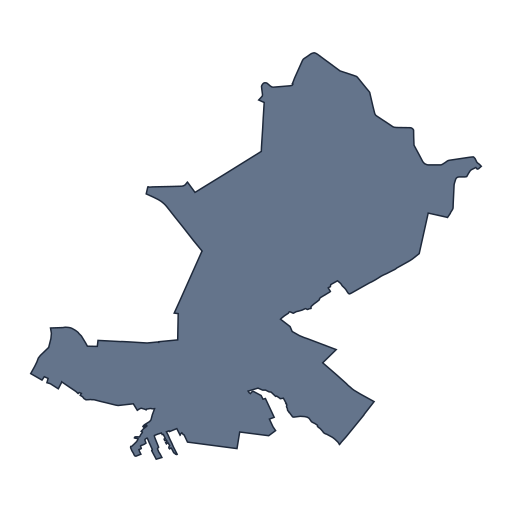 outline of Horia, Constanta, Romania
{"feature_id": "2599482B9028808078144", "entity_name": "Horia", "entity_type": "district", "adm_level": 2, "iso_a3": "ROU", "parent_name": "Romania", "parent_adm1": "Constanta", "projection": "natural_earth1", "projection_center": [28.113, 44.634], "detail": "fine", "context": "isolated", "style": "filled", "palette": "slate", "viewbox_px": 512, "rotation_deg": 0, "n_neighbors": 0, "source": "geoboundaries", "source_scale": "gbopen_adm2", "svg_char_len": 5984}
<svg xmlns="http://www.w3.org/2000/svg" viewBox="0 0 512 512"><path d="M30.7,373.6L42.0,380.1L44.3,376.7L48.1,378.4L46.9,382.7L50.3,383.7L58.3,388.8L61.8,382.0L61.8,381.9L69.4,387.1L75.8,391.4L78.1,393.5L79.2,392.5L81.4,393.4L80.2,395.3L82.6,396.8L84.0,398.6L85.5,399.5L85.9,399.8L88.3,399.7L90.8,399.5L91.6,399.7L94.0,399.7L100.9,401.5L106.0,402.7L115.7,405.1L118.1,405.5L133.3,403.8L137.3,410.3L139.6,408.8L141.2,408.2L145.1,409.3L146.1,409.9L146.6,409.1L150.1,408.5L150.6,408.5L151.2,408.5L151.9,408.8L153.7,408.8L154.3,408.6L154.6,408.6L152.3,414.8L151.0,419.8L150.6,420.4L149.5,421.6L145.0,424.4L143.6,425.5L142.9,426.5L143.5,427.1L146.3,425.0L146.6,425.2L146.9,425.7L146.8,426.2L143.6,428.7L141.2,431.3L142.4,432.0L142.4,432.3L140.8,434.6L139.9,436.3L139.5,436.8L139.0,436.9L136.9,436.8L135.6,436.8L134.9,437.0L134.5,437.5L134.4,437.9L134.8,438.1L138.0,438.7L137.9,439.3L137.6,440.0L136.6,441.6L134.0,444.2L131.6,446.4L131.2,446.5L130.7,446.5L130.6,447.7L131.9,450.8L133.2,452.9L134.3,455.2L134.7,455.8L135.9,456.2L140.9,454.2L139.6,451.6L138.9,449.6L140.4,449.0L141.2,448.6L141.3,448.4L140.5,446.1L140.8,445.7L141.3,445.4L142.6,445.0L144.4,444.2L146.0,443.1L145.0,440.4L144.9,439.9L145.0,439.5L145.3,439.1L146.6,438.3L147.0,438.1L147.4,438.3L149.0,442.2L151.3,447.3L152.3,449.4L152.3,450.0L151.7,450.3L151.7,450.7L156.2,459.2L161.9,457.5L160.0,453.8L158.9,452.2L157.6,449.2L157.5,448.7L157.6,448.3L158.6,447.4L158.6,447.1L154.9,437.9L154.5,436.7L154.4,435.5L157.8,434.1L161.4,433.0L162.2,434.6L163.3,434.4L165.3,438.4L164.1,439.1L164.3,439.7L164.8,440.6L165.4,440.4L166.3,440.0L167.0,441.1L165.6,442.5L166.4,443.9L167.9,442.7L169.7,445.5L169.0,446.7L168.8,447.5L168.9,448.1L169.7,448.9L170.7,448.1L171.0,448.0L171.4,448.2L173.7,452.7L173.9,452.9L174.7,453.2L175.2,453.9L175.6,454.2L176.4,454.5L176.9,454.5L177.2,454.3L173.4,446.9L171.9,443.4L169.9,439.3L168.1,435.1L166.4,431.8L169.0,430.8L169.4,431.6L176.8,428.6L180.1,435.2L180.3,435.0L180.6,433.9L181.8,432.8L183.2,434.5L184.1,434.9L187.5,442.1L237.0,448.6L239.7,432.0L268.7,435.7L275.6,430.6L273.0,426.8L269.4,419.1L274.2,417.3L265.4,398.5L263.0,399.2L261.1,395.5L253.6,391.5L252.9,391.4L251.8,391.9L250.4,393.6L249.1,392.7L248.1,391.1L258.0,388.1L262.6,390.1L265.6,390.1L268.9,391.8L271.1,392.1L275.6,396.4L276.7,396.1L280.2,398.5L280.3,398.7L283.4,398.2L286.3,403.6L286.0,403.7L286.7,404.7L286.8,405.2L286.5,406.3L286.6,407.0L287.0,407.8L287.4,408.7L287.5,410.0L287.9,410.8L288.8,411.7L289.0,412.1L289.0,412.4L289.3,412.4L292.4,416.6L292.9,417.0L293.9,417.1L300.3,416.3L304.8,416.6L307.3,417.2L309.1,418.3L311.4,421.6L312.2,422.2L315.2,423.7L317.5,425.3L317.5,426.5L318.9,427.7L319.6,428.1L320.5,428.9L322.8,431.5L323.5,432.6L324.8,433.5L325.9,434.0L326.5,434.1L332.4,437.3L333.1,437.8L335.0,439.3L338.0,442.2L338.9,443.5L339.4,444.5L340.1,443.9L341.2,442.3L345.7,437.3L363.9,415.0L364.2,414.3L374.1,401.6L360.3,394.0L353.8,390.1L352.1,388.8L350.1,387.0L348.3,385.6L346.9,384.2L346.7,383.9L337.0,375.2L322.7,362.8L327.5,358.1L336.2,349.6L307.5,338.7L304.2,337.6L299.4,335.6L292.2,331.5L290.1,326.6L280.5,319.2L281.5,318.2L284.6,315.7L288.4,313.2L289.1,312.0L289.4,311.8L289.8,311.8L290.3,311.9L293.1,313.2L293.5,313.2L295.2,312.2L296.4,311.6L298.6,311.1L302.1,310.1L305.1,308.7L305.5,308.6L306.7,309.1L307.1,309.4L307.3,309.5L308.1,309.3L308.8,308.9L309.5,308.7L310.9,308.5L311.1,308.3L311.0,307.3L311.1,306.7L311.2,306.4L314.0,303.9L316.9,301.8L319.3,299.8L319.6,298.5L320.6,297.5L329.8,292.0L330.4,291.4L328.2,287.9L329.0,287.3L330.4,286.7L330.7,284.6L337.5,280.8L340.7,283.5L342.3,285.9L344.6,288.1L345.8,289.5L347.9,292.8L348.8,293.7L349.7,293.9L351.9,292.8L362.3,286.9L369.8,282.7L371.6,281.9L375.4,279.8L381.1,276.2L383.6,274.9L386.8,273.5L389.7,272.0L395.4,269.1L396.9,267.9L409.8,260.7L412.4,259.0L419.2,253.6L428.2,213.1L446.6,217.2L447.5,217.5L450.3,213.4L450.6,212.5L452.5,209.5L452.8,208.8L453.0,208.3L453.1,207.1L453.2,203.7L454.1,184.7L454.4,183.4L455.4,180.1L455.7,179.2L456.2,178.3L456.8,177.7L457.3,177.4L458.0,177.1L459.2,176.9L464.9,176.9L466.4,176.7L466.8,176.5L467.0,176.1L468.5,173.4L469.9,171.2L470.9,170.1L471.6,169.6L475.8,167.5L477.2,169.1L478.5,168.8L481.3,166.3L479.4,164.3L477.9,163.2L477.2,162.6L476.7,161.9L475.1,158.6L474.3,157.7L473.8,157.2L473.3,156.9L471.8,157.0L469.2,157.3L449.1,160.3L448.1,160.6L447.3,161.0L444.8,162.8L442.7,164.1L441.6,164.7L440.7,164.9L428.0,164.9L427.0,164.7L426.2,164.4L424.5,163.6L422.8,161.7L419.5,155.4L414.0,145.2L413.7,137.0L413.6,130.3L413.5,129.9L412.6,128.7L411.5,128.0L410.9,127.8L410.0,127.7L396.7,127.5L394.7,127.3L394.0,127.2L392.8,126.7L392.1,126.2L376.4,115.8L375.7,115.2L375.2,114.5L374.7,113.4L372.9,106.2L369.7,92.4L368.9,91.3L366.3,88.2L357.3,77.1L356.4,76.4L355.0,75.9L340.0,70.9L317.4,54.2L315.8,53.3L314.7,52.9L314.1,52.8L313.2,53.0L312.1,53.3L311.0,53.8L306.6,56.9L304.3,58.4L303.3,59.2L302.5,60.4L294.6,78.0L292.7,83.0L292.3,83.7L292.9,84.1L292.5,84.8L291.9,85.4L289.9,85.8L273.1,87.2L271.8,86.9L270.3,86.0L267.2,83.3L266.0,82.8L264.5,82.8L264.1,82.9L263.3,83.4L262.4,84.4L261.7,85.7L261.5,86.4L261.8,89.3L262.5,94.5L262.4,95.5L262.2,96.2L258.7,100.0L264.2,102.5L263.2,118.5L262.7,128.0L261.5,146.6L261.3,151.4L223.5,174.9L195.0,192.4L187.6,182.3L187.4,182.1L185.3,184.7L184.6,185.2L183.5,185.8L181.9,186.2L170.8,186.5L152.4,186.9L150.1,187.1L148.9,187.1L148.4,186.8L147.8,186.9L146.3,193.5L146.2,193.9L153.7,197.3L158.3,199.6L160.9,201.2L162.2,202.2L164.1,203.8L165.6,205.3L167.1,207.1L175.2,217.4L182.1,226.0L193.5,240.6L202.1,251.1L201.9,251.3L179.3,301.9L174.2,313.1L178.2,313.6L177.7,339.9L158.8,341.7L158.8,342.4L158.3,342.4L157.9,342.1L157.4,342.0L147.1,343.0L127.6,341.8L121.8,341.5L120.9,341.6L98.0,340.4L97.3,346.4L87.4,346.2L85.6,342.9L81.4,336.0L78.7,333.3L78.3,332.6L77.1,331.6L75.5,330.4L72.4,328.6L70.8,327.9L68.9,327.5L66.9,327.3L65.2,327.2L62.8,327.6L62.4,327.6L50.5,328.0L51.4,333.3L50.9,338.6L48.7,347.4L40.4,355.4L38.3,358.1L36.9,361.9L34.7,366.4L30.7,373.6Z" fill="#64748b" stroke="#1e293b" stroke-width="1.5"/></svg>